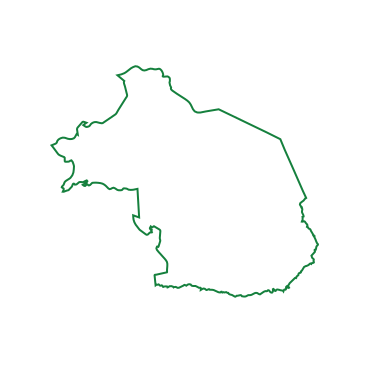 the border of Coahuila, rotated 128°
{"feature_id": "MEX-2708", "entity_name": "Coahuila", "entity_type": "State", "adm_level": 1, "iso_a3": "MEX", "parent_name": "Mexico", "parent_adm1": "", "projection": "albers", "projection_center": [-101.519, 27.229], "detail": "fine", "context": "isolated", "style": "outline", "palette": "green", "viewbox_px": 384, "rotation_deg": 128, "n_neighbors": 0, "source": "natural_earth", "source_scale": "10m", "svg_char_len": 5967}
<svg xmlns="http://www.w3.org/2000/svg" viewBox="0 0 384 384"><g transform="rotate(128 192 192)"><path d="M172.5,52.6L173.3,52.9L174.5,53.9L175.3,53.7L175.5,54.7L176.1,55.0L177.8,55.2L179.9,56.3L180.4,56.8L182.1,57.5L186.4,57.0L187.6,57.3L188.3,56.7L189.0,56.9L189.6,57.4L190.2,57.7L191.1,57.6L192.1,57.0L193.5,57.4L195.0,57.4L195.5,57.0L195.8,57.0L196.0,57.6L196.3,57.9L203.7,58.9L206.1,58.6L206.8,58.4L207.3,57.8L207.5,56.8L207.6,56.6L207.9,56.7L208.3,57.1L208.4,57.6L207.8,59.2L208.7,59.4L209.5,59.0L210.2,58.4L211.0,58.1L211.4,58.2L211.7,58.9L212.2,59.2L213.2,59.1L214.0,58.8L213.8,59.4L214.0,60.1L215.0,61.9L215.3,62.8L216.2,64.6L216.6,65.0L217.2,65.3L218.4,65.2L218.8,65.5L218.7,66.3L218.3,67.4L218.3,68.2L218.8,68.4L219.6,67.7L220.7,67.0L221.8,66.9L222.5,67.6L222.6,68.9L222.2,70.5L222.3,71.2L222.8,71.7L223.8,71.8L224.2,72.1L225.0,73.2L226.4,74.0L230.8,75.4L231.2,76.3L231.5,78.5L232.1,79.5L233.1,80.3L236.4,81.8L237.5,82.7L238.4,83.9L238.7,84.2L240.9,85.2L241.8,85.9L242.4,86.7L243.4,88.5L243.1,89.6L243.4,90.3L245.8,92.3L246.2,92.9L247.7,93.3L248.1,94.0L248.5,97.0L249.4,99.1L249.6,100.2L249.2,101.3L249.5,101.6L249.7,102.0L249.8,103.3L250.1,103.6L251.2,104.6L251.6,105.6L252.5,106.1L252.6,106.5L252.3,107.2L252.5,107.5L252.8,107.7L253.5,107.7L253.8,107.9L254.0,108.2L254.7,109.5L255.9,114.5L256.5,115.7L258.1,117.9L258.1,118.8L260.2,120.1L260.4,120.5L260.4,122.4L261.0,123.5L261.9,124.1L263.8,124.8L262.5,125.6L262.3,125.9L262.3,126.5L263.2,127.5L263.5,129.5L263.9,131.3L265.2,133.0L265.9,134.2L266.0,135.0L265.7,136.0L266.1,137.0L266.9,137.9L267.7,138.4L269.3,138.8L269.7,140.6L270.1,140.9L270.9,141.1L275.4,143.3L276.3,144.2L276.6,145.3L276.7,146.0L276.8,146.4L278.1,147.7L278.5,147.8L278.3,148.7L278.9,150.3L279.4,150.9L280.1,151.7L281.7,152.2L282.3,152.6L281.8,153.4L282.2,154.1L283.0,155.1L283.8,155.9L284.5,156.2L284.6,156.4L284.1,157.8L284.2,158.4L285.0,158.9L285.4,159.4L285.5,159.9L285.3,161.0L285.4,161.5L285.7,161.6L286.3,162.1L286.8,162.7L286.8,162.9L288.0,163.2L280.7,170.2L280.3,170.3L279.9,170.1L279.2,169.3L270.7,162.3L270.4,162.4L268.8,163.7L265.5,165.9L263.8,167.2L262.6,168.6L261.9,170.3L261.4,172.4L259.8,181.4L259.2,184.0L258.3,185.4L256.8,185.9L256.4,185.9L256.2,185.6L256.0,184.8L255.6,184.8L250.3,186.8L249.6,187.3L248.5,188.7L247.9,189.2L242.2,192.9L241.7,193.6L241.6,194.6L242.4,200.9L243.1,201.2L244.0,201.4L244.6,202.0L244.5,203.3L246.3,203.0L246.8,202.6L247.0,201.7L246.4,201.0L246.4,200.6L246.7,200.3L247.5,200.3L247.8,200.2L248.3,198.8L248.6,198.8L249.2,199.6L250.1,200.3L252.6,200.6L253.5,201.2L253.8,202.2L254.0,209.9L253.8,210.9L252.4,216.3L251.3,218.8L249.8,221.0L248.3,222.5L246.6,224.0L244.6,218.0L223.1,236.9L226.5,239.8L228.1,241.6L229.2,243.4L229.5,245.2L229.8,246.0L230.9,247.7L231.4,248.2L231.9,248.3L232.9,248.3L233.7,248.5L234.5,249.2L235.7,250.7L236.3,252.1L236.5,254.9L236.9,256.4L237.9,257.2L239.3,257.8L240.4,258.6L240.7,259.9L240.2,263.8L240.2,265.7L240.5,267.6L241.3,269.5L242.4,271.4L243.6,273.2L245.7,275.8L246.5,276.3L249.1,276.6L249.9,277.0L250.3,277.3L250.5,277.8L250.4,279.0L250.5,279.5L251.0,279.7L252.5,279.8L253.1,280.0L253.4,280.5L253.6,281.2L253.6,282.5L249.2,280.9L247.9,281.1L247.7,282.1L249.1,282.9L250.9,283.7L252.0,284.6L252.4,285.6L253.6,286.9L257.1,287.7L258.3,288.8L258.3,289.3L258.1,289.7L258.1,290.1L258.5,290.6L259.3,290.7L261.2,290.1L262.0,290.0L263.8,290.2L266.3,290.4L266.8,290.6L267.9,291.5L270.7,293.2L271.3,294.0L269.4,294.5L268.5,295.0L268.3,295.4L268.5,297.5L267.8,297.8L265.8,297.6L265.0,297.7L262.8,298.4L261.7,298.4L260.5,298.1L256.9,296.8L255.7,296.5L252.5,296.6L249.6,297.5L246.9,299.1L244.3,300.9L243.2,302.3L241.8,304.5L241.3,306.5L242.3,307.2L243.2,307.4L244.1,308.0L245.5,309.6L246.2,310.6L246.0,311.3L243.4,313.4L243.2,314.2L244.3,318.0L244.5,319.2L244.6,320.3L244.3,321.7L242.3,328.9L241.7,331.4L238.0,329.3L237.1,329.0L236.3,329.0L234.5,329.6L232.7,329.5L230.7,328.7L228.9,327.5L227.8,326.0L227.4,325.2L226.5,322.6L225.5,320.8L224.2,319.3L222.5,318.2L220.9,318.0L217.3,318.6L217.2,317.2L213.4,321.2L212.5,321.7L211.6,321.8L204.2,321.4L203.6,321.0L203.1,319.9L202.4,317.8L204.3,318.4L206.2,318.8L206.1,316.7L205.9,315.6L205.5,314.9L204.0,313.8L203.2,313.5L202.5,313.4L200.7,313.5L198.8,313.0L197.1,312.0L195.8,310.5L194.4,307.3L193.5,305.6L192.7,304.8L177.9,300.1L176.6,300.0L172.5,300.6L158.5,302.0L157.0,302.1L156.1,302.4L155.3,303.1L154.4,304.3L150.1,309.8L148.4,312.3L147.3,313.4L146.2,313.7L145.9,322.6L142.8,320.1L139.9,318.4L137.9,317.7L131.9,316.2L129.8,315.3L127.8,314.1L126.7,312.2L126.4,310.1L126.5,308.0L126.4,306.0L125.6,304.4L124.1,303.1L122.1,302.0L120.4,300.7L119.3,299.0L118.8,297.8L118.2,296.8L117.4,295.8L115.3,294.0L114.9,293.3L114.8,292.4L115.0,290.9L115.5,289.6L116.2,288.3L117.1,287.1L117.5,286.8L118.5,286.5L118.9,286.2L118.8,285.7L118.4,285.1L116.1,282.6L115.8,281.7L115.8,280.5L116.0,279.7L116.5,279.1L118.2,277.7L119.3,277.3L119.7,277.0L121.4,275.0L122.5,272.8L123.4,272.4L124.0,271.6L124.2,270.1L123.9,264.6L123.0,254.7L122.9,251.9L123.1,249.3L123.9,246.8L126.2,242.1L126.8,239.5L126.1,236.8L124.3,234.4L120.0,230.7L110.4,221.9L99.0,169.6L96.0,154.9L101.6,145.0L111.4,126.6L123.1,104.9L126.8,97.6L126.7,98.4L127.3,98.8L130.1,98.8L132.6,99.5L134.3,99.8L135.5,99.2L136.1,97.8L136.4,96.0L136.8,95.9L137.0,96.0L137.5,94.6L137.9,94.3L139.7,93.3L140.1,93.0L140.5,92.4L141.8,89.8L142.6,89.0L143.6,89.6L143.9,89.2L146.0,87.6L147.2,87.4L147.7,87.2L147.3,86.6L146.2,85.8L145.9,85.3L145.9,84.7L146.5,82.7L146.7,81.2L147.5,80.3L148.3,80.2L148.7,80.0L148.4,79.0L148.4,78.7L148.9,78.0L148.9,77.4L148.6,76.2L148.7,75.5L149.3,74.6L150.8,70.7L151.2,70.4L151.4,70.0L151.2,69.3L151.6,69.1L151.8,68.9L151.5,68.2L152.1,68.0L152.3,67.6L153.5,65.2L154.0,64.5L155.3,62.1L155.6,60.7L156.0,60.3L158.0,60.4L158.8,60.2L160.4,59.3L161.3,59.0L161.7,59.6L161.9,59.7L162.2,59.7L162.9,59.0L163.3,58.4L163.6,58.3L168.6,58.7L169.8,56.9L169.9,56.4L170.0,55.0L170.2,54.5L170.6,54.2L171.6,53.8L172.1,52.9L172.5,52.6Z" fill="none" stroke="#15803d" stroke-width="2"/></g></svg>